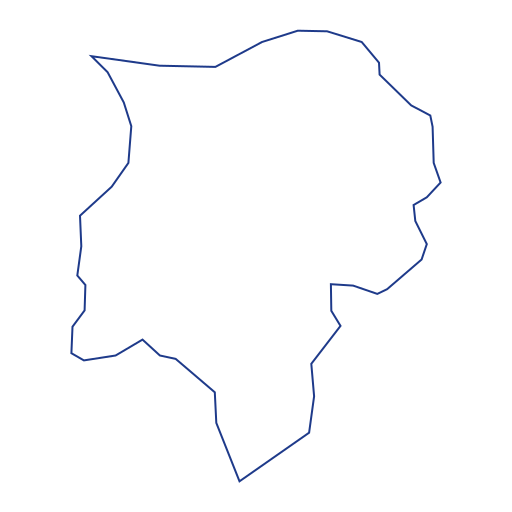 Aguié, Maradi, Niger
{"feature_id": "23599985B59469969297601", "entity_name": "Aguié", "entity_type": "district", "adm_level": 2, "iso_a3": "NER", "parent_name": "Niger", "parent_adm1": "Maradi", "projection": "mercator", "projection_center": [7.641, 13.496], "detail": "fine", "context": "isolated", "style": "outline", "palette": "blue", "viewbox_px": 512, "rotation_deg": 0, "n_neighbors": 0, "source": "geoboundaries", "source_scale": "gbopen_adm2", "svg_char_len": 695}
<svg xmlns="http://www.w3.org/2000/svg" viewBox="0 0 512 512"><path d="M80.0,215.7L81.3,246.3L77.3,275.5L85.4,285.0L84.6,310.4L72.5,326.7L71.4,353.2L83.9,360.4L115.6,355.5L142.5,339.6L159.9,355.5L175.7,358.9L214.8,392.3L216.3,422.9L239.5,481.3L309.1,432.7L314.1,396.3L311.3,363.8L340.5,325.9L331.3,310.8L330.9,284.2L353.1,285.6L377.3,293.9L387.1,289.2L421.6,259.5L426.8,244.1L415.3,221.0L413.6,205.0L426.8,197.3L440.6,182.5L433.7,162.9L432.6,126.8L430.3,115.5L411.2,105.4L379.6,74.6L379.0,62.7L361.7,42.0L327.1,31.3L297.8,30.7L262.0,42.0L215.4,66.9L159.5,65.7L91.5,56.2L107.6,72.2L123.8,102.5L131.3,126.2L128.4,162.9L111.7,186.7L80.0,215.7Z" fill="none" stroke="#1e3a8a" stroke-width="2"/></svg>